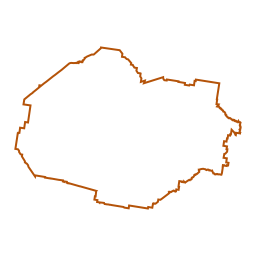 Lockhart, New South Wales, Australia (Natural Earth projection)
{"feature_id": "25037944B87274721652905", "entity_name": "Lockhart", "entity_type": "district", "adm_level": 2, "iso_a3": "AUS", "parent_name": "Australia", "parent_adm1": "New South Wales", "projection": "natural_earth1", "projection_center": [146.896, -35.322], "detail": "fine", "context": "isolated", "style": "outline", "palette": "amber", "viewbox_px": 256, "rotation_deg": 0, "n_neighbors": 0, "source": "geoboundaries", "source_scale": "gbopen_adm2", "svg_char_len": 5443}
<svg xmlns="http://www.w3.org/2000/svg" viewBox="0 0 256 256"><path d="M79.7,186.3L80.0,186.3L96.3,190.9L96.2,191.0L95.6,196.4L94.9,196.3L94.4,199.6L97.4,200.1L97.1,202.0L98.6,202.2L98.7,202.3L99.4,202.5L99.6,202.7L99.7,202.4L103.9,202.9L103.9,203.0L104.6,204.0L104.8,204.0L107.1,204.4L107.6,204.4L108.8,204.5L109.2,204.7L110.2,204.8L110.5,204.8L111.0,204.9L111.3,205.0L123.6,207.0L124.2,207.6L128.7,208.3L129.1,205.5L147.9,208.5L148.2,207.0L152.3,207.7L153.0,203.7L153.7,203.8L153.8,203.4L155.5,203.7L157.9,201.8L158.3,199.5L160.3,199.8L160.8,199.4L161.0,199.4L168.9,193.4L169.0,193.3L168.9,192.3L169.5,192.4L169.5,191.8L171.2,192.0L172.4,191.1L172.9,191.1L173.4,190.6L173.9,190.6L174.5,191.0L175.2,191.6L175.7,191.6L176.0,191.3L176.3,189.4L178.6,189.8L179.1,186.8L178.5,186.7L178.8,184.3L179.3,181.1L182.0,181.5L181.9,182.0L184.7,182.4L184.6,182.0L185.2,182.5L187.8,180.7L189.1,179.9L189.3,180.1L189.7,180.2L189.8,179.9L190.7,179.6L191.2,179.5L191.7,179.0L191.8,178.7L191.6,178.2L191.7,177.9L192.1,177.5L192.4,177.3L193.2,177.2L193.3,177.1L194.2,175.8L194.2,175.1L194.9,174.6L195.6,174.9L196.3,173.9L197.3,173.8L197.8,173.1L199.2,172.0L199.2,171.2L198.9,170.7L199.2,170.4L198.9,169.6L199.6,169.5L201.0,169.1L202.2,168.9L203.3,168.8L204.3,169.1L205.1,169.2L205.7,169.4L206.2,170.0L206.7,170.1L207.9,169.5L208.8,169.8L209.1,170.4L209.2,170.5L210.0,170.2L210.2,170.3L210.9,170.7L211.5,170.8L211.8,170.8L212.1,170.6L212.3,171.0L212.5,171.4L212.9,172.6L213.3,173.3L213.5,173.2L214.2,173.4L214.8,174.1L214.8,174.3L215.2,174.4L215.8,174.4L216.3,174.0L217.0,174.2L217.6,174.0L218.1,174.4L218.6,174.4L218.9,174.3L219.6,174.3L220.4,174.6L221.4,174.7L221.9,173.2L222.9,166.7L222.7,166.7L222.9,165.1L224.0,165.2L224.0,165.6L226.7,166.0L226.8,165.2L228.1,165.4L228.5,162.8L226.2,162.4L226.8,158.3L223.6,157.8L224.3,153.9L225.1,153.8L225.4,153.6L227.1,151.7L227.4,149.3L226.5,149.2L227.0,146.4L223.4,145.8L224.1,141.2L226.5,141.6L227.0,138.4L227.6,138.5L228.1,135.2L230.0,135.6L230.2,134.3L230.9,134.4L231.6,129.7L234.3,132.5L235.6,135.1L235.8,135.2L236.1,132.8L240.0,133.4L240.0,133.0L240.3,132.4L240.0,132.1L239.9,132.1L239.8,132.4L239.7,132.4L239.6,131.9L239.7,131.6L239.6,131.2L240.2,130.0L240.1,129.7L239.7,129.5L239.6,129.4L240.0,129.0L240.4,128.8L240.5,128.5L240.3,127.8L240.6,127.4L240.5,127.2L240.6,126.9L240.5,126.7L240.2,126.5L240.0,126.1L239.9,125.8L240.1,125.7L239.9,125.3L240.1,125.0L239.9,124.5L240.0,124.3L240.2,123.9L240.3,123.4L240.2,123.0L240.5,122.6L240.3,122.3L239.8,122.1L239.3,122.1L238.5,122.2L238.6,121.7L238.4,121.1L238.0,121.7L237.8,121.8L237.6,121.8L237.5,121.6L237.0,121.5L236.5,121.7L236.4,121.6L236.4,121.1L235.9,120.8L235.6,120.8L235.4,120.8L235.3,121.1L235.2,121.2L234.8,121.1L234.7,121.0L234.7,120.4L234.5,120.1L234.4,120.0L234.1,119.9L233.7,120.0L233.4,119.8L233.1,120.0L233.0,120.3L232.8,120.3L232.5,120.1L232.4,119.9L231.8,119.6L231.7,119.2L231.0,118.9L230.8,118.7L230.4,118.5L230.3,118.2L230.2,118.2L230.0,118.4L229.9,118.4L229.7,118.2L229.4,118.1L229.2,117.9L228.8,117.9L228.5,118.1L228.4,118.0L228.3,117.7L228.2,117.5L227.6,117.3L227.5,117.1L227.3,116.9L227.2,116.7L226.9,116.6L226.5,116.2L226.4,115.7L226.3,115.2L226.2,115.2L226.0,115.4L225.8,115.3L225.7,115.2L225.7,114.8L225.7,114.6L225.3,114.2L225.4,113.9L225.3,113.6L225.3,113.2L225.0,112.8L224.7,112.2L224.2,111.8L223.3,111.6L223.2,111.4L223.2,111.1L223.0,110.9L223.0,110.5L222.7,110.2L222.4,110.2L222.2,110.1L221.9,109.8L221.7,109.7L221.7,109.4L221.4,109.1L221.4,108.8L221.3,108.7L221.0,108.7L220.9,108.5L220.8,108.4L220.7,108.6L220.7,108.8L220.4,108.6L220.5,108.4L220.3,108.1L220.2,107.9L219.9,107.9L219.5,107.7L219.5,107.4L219.3,107.2L219.1,107.0L218.8,106.3L218.6,106.4L217.9,106.3L217.6,106.6L217.1,106.5L218.3,104.8L218.6,104.4L216.5,104.1L217.2,99.5L216.8,99.4L219.3,83.3L195.9,79.6L195.7,81.1L194.6,80.9L194.0,85.3L189.7,84.6L189.2,85.5L184.8,84.8L185.0,83.0L178.4,81.9L178.5,81.3L166.9,79.5L166.7,80.5L164.4,80.2L164.2,79.9L163.8,79.6L163.5,79.1L163.1,77.6L163.1,77.2L144.0,83.2L144.8,81.0L144.9,80.6L140.9,81.9L141.4,78.3L140.2,76.4L140.6,73.5L140.3,73.4L140.2,73.3L137.9,73.0L136.4,70.7L136.9,68.0L134.4,67.6L132.7,65.0L132.7,64.9L130.9,64.6L131.2,63.0L128.8,60.2L128.2,59.4L126.7,59.0L125.8,58.2L125.1,57.3L122.0,56.8L122.4,53.7L119.7,50.2L101.0,47.5L100.9,48.2L100.8,48.3L93.9,54.4L93.7,54.5L93.1,54.6L92.3,54.5L91.8,54.5L90.8,54.9L89.7,55.4L87.1,56.5L85.7,57.4L84.8,57.8L85.0,58.2L82.8,61.1L82.7,61.0L82.6,61.5L82.2,61.5L82.2,62.2L81.3,62.2L80.8,61.9L80.6,61.6L80.0,61.8L79.5,61.5L79.3,61.4L79.2,61.5L79.3,61.8L79.3,62.0L79.2,62.2L78.5,61.8L78.2,61.8L78.1,62.0L78.3,62.6L78.3,63.1L78.0,63.1L77.7,62.9L77.5,62.4L77.3,62.5L76.8,62.7L76.6,63.0L76.2,63.1L76.0,62.9L73.8,63.1L71.1,62.9L69.8,63.2L69.2,63.5L61.7,69.8L58.4,72.3L55.2,74.8L53.0,76.4L46.2,81.8L44.0,83.4L40.2,86.5L40.3,85.4L39.4,85.3L39.0,87.5L32.7,92.6L32.5,93.0L32.3,93.1L30.5,94.3L24.3,99.4L23.5,104.4L30.5,105.4L28.0,122.5L25.1,122.0L24.2,128.3L20.1,127.7L19.4,132.9L18.7,132.9L18.5,133.1L18.2,132.9L18.1,133.0L17.9,132.9L17.8,133.0L17.4,135.8L15.4,148.9L18.0,149.3L19.1,150.9L19.1,152.0L20.6,154.3L22.2,154.6L21.9,156.4L24.7,160.9L24.9,161.4L24.9,162.4L25.5,162.6L26.1,163.3L26.9,163.7L28.1,165.3L28.2,165.7L28.3,166.4L28.5,166.9L35.1,176.5L35.3,175.4L45.1,177.0L45.0,177.6L50.5,178.5L50.5,178.4L58.5,179.8L63.0,180.4L62.9,181.5L64.1,181.9L64.2,181.4L66.8,181.8L66.7,182.7L68.3,183.1L68.2,183.3L69.5,183.5L69.5,183.4L79.7,186.3Z" fill="none" stroke="#b45309" stroke-width="2"/></svg>